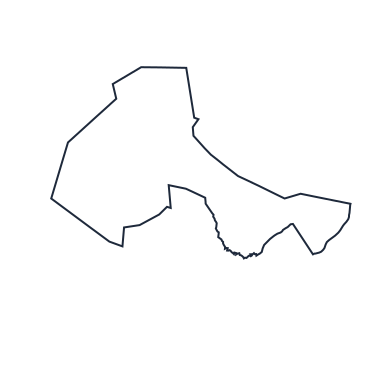 Coronel José Dias, Piauí, Brazil (Albers equal-area conic projection), rotated 316°
{"feature_id": "56859067B76056994493653", "entity_name": "Coronel José Dias", "entity_type": "district", "adm_level": 2, "iso_a3": "BRA", "parent_name": "Brazil", "parent_adm1": "Piauí", "projection": "albers", "projection_center": [-42.3, -8.961], "detail": "fine", "context": "isolated", "style": "outline", "palette": "slate", "viewbox_px": 384, "rotation_deg": 316, "n_neighbors": 0, "source": "geoboundaries", "source_scale": "gbopen_adm2", "svg_char_len": 1769}
<svg xmlns="http://www.w3.org/2000/svg" viewBox="0 0 384 384"><g transform="rotate(316 192 192)"><path d="M242.1,66.9L210.0,59.3L202.3,72.3L194.2,72.0L192.8,72.0L190.5,71.9L176.0,71.4L137.2,70.2L121.7,78.9L86.2,98.9L94.5,148.9L94.8,150.6L98.1,170.3L104.2,182.8L118.5,170.3L131.3,179.4L152.8,185.4L163.7,185.3L165.6,188.7L180.0,170.9L189.9,185.4L192.3,191.6L197.5,205.3L195.1,208.3L193.7,209.9L191.8,221.2L191.7,223.3L190.1,224.5L189.7,226.8L188.8,228.3L188.5,230.3L188.1,231.6L185.1,234.1L183.8,234.8L183.2,236.9L182.9,238.1L183.2,239.6L182.1,240.6L179.5,242.7L180.2,246.6L179.6,247.9L179.7,249.5L178.7,250.5L178.2,251.8L177.6,254.6L176.3,255.7L177.8,256.1L178.7,257.2L176.6,258.5L177.5,259.5L178.7,260.0L178.9,261.3L178.7,263.0L179.0,264.2L179.0,265.8L180.4,265.0L181.4,266.7L180.4,267.6L181.8,267.9L183.5,268.9L182.6,270.5L183.3,271.6L183.6,273.1L183.6,274.6L183.2,275.8L184.5,276.1L185.4,277.3L188.2,277.3L189.3,277.6L189.6,279.0L190.8,279.2L191.0,277.6L192.6,279.0L194.1,279.0L194.0,280.3L195.0,281.2L194.1,282.5L196.3,282.9L197.9,283.4L200.5,283.6L202.0,282.7L203.6,281.7L207.1,280.2L215.5,280.0L219.6,280.4L221.2,280.6L224.5,281.3L227.6,282.7L229.5,282.9L231.1,282.5L234.3,283.1L236.5,283.7L240.5,283.7L242.4,285.1L235.7,320.9L237.2,321.3L238.1,322.1L241.5,324.0L243.5,324.7L246.3,324.7L248.4,324.3L251.7,322.6L254.2,321.7L257.2,321.8L264.6,322.8L269.0,322.9L272.0,322.5L277.1,321.2L279.0,320.9L282.3,320.7L285.5,320.1L287.6,319.0L288.9,317.7L290.7,316.5L292.8,314.7L296.7,311.3L297.8,310.6L276.1,279.2L268.9,268.7L254.1,261.0L251.8,254.7L244.3,233.9L236.2,212.5L233.5,193.5L232.7,186.9L231.5,178.3L231.5,169.4L231.7,164.1L232.1,152.6L237.6,145.9L247.2,144.1L245.2,140.1L274.1,98.7L255.3,79.9L242.1,66.9Z" fill="none" stroke="#1e293b" stroke-width="2"/></g></svg>